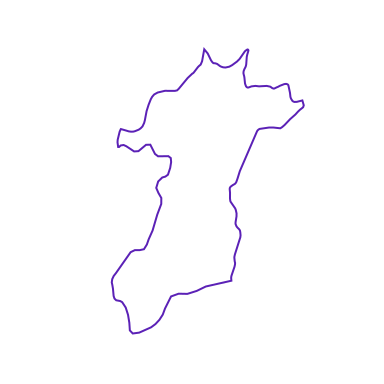 the border of Yala, rotated 15°
{"feature_id": "THA-388", "entity_name": "Yala", "entity_type": "Province", "adm_level": 1, "iso_a3": "THA", "parent_name": "Thailand", "parent_adm1": "", "projection": "equal_earth", "projection_center": [101.243, 6.153], "detail": "fine", "context": "isolated", "style": "outline", "palette": "violet", "viewbox_px": 384, "rotation_deg": 15, "n_neighbors": 0, "source": "natural_earth", "source_scale": "10m", "svg_char_len": 2739}
<svg xmlns="http://www.w3.org/2000/svg" viewBox="0 0 384 384"><g transform="rotate(15 192 192)"><path d="M109.0,167.6L107.2,163.3L106.7,160.8L106.5,152.5L106.9,149.9L107.0,149.6L112.3,149.7L115.2,149.8L117.6,149.5L118.6,149.2L119.8,148.8L121.2,148.0L124.4,145.6L125.9,143.8L127.2,141.5L127.9,137.7L127.9,134.9L127.2,125.6L127.5,118.9L128.2,113.0L128.9,110.3L130.2,107.6L133.1,104.8L139.6,101.3L149.4,98.7L151.3,97.7L152.5,95.7L158.3,83.0L161.7,77.5L162.3,77.0L162.8,76.1L165.4,69.8L166.2,68.4L167.4,66.7L167.9,63.1L166.9,51.0L171.3,54.1L176.3,59.9L178.0,61.3L179.3,62.0L181.0,61.7L182.0,61.7L183.2,61.8L186.4,63.1L187.8,63.4L189.8,63.5L192.1,63.1L195.6,61.3L197.9,59.1L201.5,54.6L202.0,53.9L202.3,53.2L202.8,52.5L203.6,51.0L206.6,42.6L207.2,41.6L208.6,40.0L209.3,40.0L209.8,40.5L209.9,41.5L209.8,44.9L209.9,47.2L211.3,54.5L211.4,55.6L211.4,56.7L211.3,57.6L210.8,59.8L210.7,60.8L210.6,61.8L210.7,62.7L210.8,63.3L211.0,64.1L211.8,65.6L212.4,66.6L213.0,67.9L215.1,73.4L215.8,74.5L216.9,76.0L217.9,76.6L218.8,76.7L219.6,76.4L222.1,74.6L225.8,73.1L229.4,72.6L236.7,70.2L240.4,70.0L242.7,70.9L244.0,71.0L244.8,70.7L246.6,69.1L247.8,68.2L249.5,66.6L253.2,63.9L254.9,63.2L255.9,63.2L256.8,63.4L257.4,63.9L257.8,64.6L261.0,70.9L262.4,74.5L262.9,75.4L263.7,76.4L265.4,78.0L266.5,78.4L267.6,78.5L269.9,77.8L274.9,75.0L277.5,79.3L277.4,81.3L276.9,82.1L275.0,84.6L273.6,86.9L271.8,90.4L268.0,96.1L264.1,103.3L262.2,106.1L260.8,107.6L253.7,108.7L249.7,109.8L240.9,113.6L240.0,114.6L239.4,115.6L239.1,116.5L232.8,159.5L232.5,167.2L232.2,170.9L231.8,172.2L231.3,173.1L229.5,174.9L227.9,176.9L227.5,178.2L227.6,179.3L228.9,182.8L230.4,188.5L231.1,190.2L231.4,190.9L231.9,191.5L238.0,196.7L239.0,198.1L240.6,201.2L240.8,202.1L241.3,204.0L241.9,209.8L242.1,210.8L242.4,211.7L243.9,213.7L245.1,214.6L247.2,215.8L247.8,216.3L248.4,217.0L249.1,218.5L250.1,221.2L250.4,223.3L249.6,241.1L249.7,243.5L249.9,244.5L251.2,247.9L252.0,249.4L252.3,251.0L252.4,253.3L251.8,262.8L251.9,264.0L252.1,265.0L253.0,267.5L229.8,279.7L222.2,286.3L213.9,291.6L205.4,293.7L198.8,298.3L196.1,311.5L195.5,318.0L193.6,323.9L190.9,329.0L187.5,333.3L177.4,341.5L171.4,344.0L167.8,341.8L165.3,334.5L162.0,327.2L157.9,320.8L153.1,316.5L150.9,315.9L146.8,316.2L144.7,315.0L143.2,312.7L140.7,305.9L139.1,302.4L137.9,300.1L137.5,296.8L138.1,293.4L139.5,290.1L148.3,266.0L151.9,262.9L156.5,261.7L160.4,259.7L162.0,254.4L162.4,248.9L163.9,239.4L164.3,222.8L165.4,211.5L163.9,205.7L159.8,201.6L156.4,197.3L156.6,190.6L159.5,185.7L162.3,184.0L164.3,181.5L164.7,174.4L164.1,168.5L162.7,164.7L159.9,163.5L150.0,166.3L146.4,164.8L139.5,157.1L135.4,158.3L129.7,166.4L125.6,167.8L116.7,164.8L113.8,164.3L111.1,165.5L109.9,167.4L109.0,167.6Z" fill="none" stroke="#5b21b6" stroke-width="2"/></g></svg>